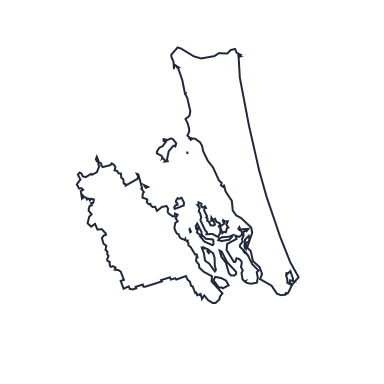 Redland, Queensland, Australia (Equal Earth projection), rotated 332°
{"feature_id": "25037944B35450059513963", "entity_name": "Redland", "entity_type": "district", "adm_level": 2, "iso_a3": "AUS", "parent_name": "Australia", "parent_adm1": "Queensland", "projection": "equal_earth", "projection_center": [153.338, -27.564], "detail": "fine", "context": "isolated", "style": "outline", "palette": "slate", "viewbox_px": 384, "rotation_deg": 332, "n_neighbors": 0, "source": "geoboundaries", "source_scale": "gbopen_adm2", "svg_char_len": 6097}
<svg xmlns="http://www.w3.org/2000/svg" viewBox="0 0 384 384"><g transform="rotate(332 192 192)"><path d="M238.1,61.1L237.1,63.6L236.9,68.0L233.8,75.1L236.0,70.7L238.4,75.2L237.3,74.6L237.8,76.8L235.9,88.8L232.0,101.8L232.7,102.0L232.0,102.6L232.0,106.6L228.4,120.0L225.4,123.6L220.5,124.5L220.4,129.6L219.1,135.0L217.8,137.4L214.4,140.1L215.4,142.6L214.8,143.6L216.3,144.0L215.7,145.3L217.7,145.1L219.7,146.4L222.4,151.7L222.6,155.7L221.0,161.2L220.6,171.7L222.1,180.1L221.2,194.6L222.5,197.9L220.7,199.6L222.0,202.4L222.9,202.4L223.6,200.4L221.9,207.3L223.0,218.5L219.3,227.5L220.0,233.4L223.1,238.0L227.6,251.2L226.0,256.2L214.6,266.9L216.1,271.7L213.4,281.7L216.4,290.0L215.4,297.3L211.2,300.8L218.3,312.2L219.2,321.7L222.2,324.9L226.0,326.4L228.1,324.8L227.3,326.4L229.6,326.2L236.4,321.2L233.6,316.9L235.3,313.5L236.0,309.6L238.0,307.2L236.6,309.5L241.7,308.0L240.5,316.1L239.6,317.3L240.0,318.4L237.1,316.0L235.5,317.8L237.2,320.7L246.1,317.3L245.8,300.0L248.8,273.0L255.6,231.2L261.4,204.5L273.5,160.0L287.9,113.5L296.5,94.8L297.3,94.9L297.1,94.0L298.9,94.8L298.1,93.2L299.1,93.3L296.8,90.1L297.2,85.9L292.7,84.8L288.1,86.3L281.0,82.1L275.5,82.5L262.8,78.4L257.3,73.1L249.8,60.4L247.2,57.6L238.1,61.1ZM87.3,224.3L90.4,226.5L91.7,228.9L90.6,237.6L87.3,237.0L86.2,245.3L91.8,245.6L91.6,248.4L94.0,250.2L97.5,250.9L97.7,249.3L105.1,250.6L104.6,252.7L106.0,253.6L123.4,256.8L123.4,255.3L132.5,257.0L132.3,259.4L136.8,260.3L137.0,261.9L147.2,263.4L146.9,267.3L148.1,270.3L147.1,274.5L148.3,275.7L147.4,282.6L148.5,282.8L148.1,285.6L152.7,286.2L150.4,286.1L151.4,288.4L150.6,291.1L154.3,289.1L155.4,295.0L158.2,299.8L160.8,301.0L165.7,299.7L167.7,297.4L171.3,295.8L167.3,280.1L170.1,275.8L164.9,268.0L162.9,262.2L164.1,259.4L163.2,254.9L165.3,251.7L166.2,252.2L166.8,249.2L165.4,248.7L165.0,240.3L163.8,237.1L164.9,235.4L164.5,233.5L165.4,232.9L163.4,231.5L163.9,230.4L163.2,230.8L160.6,228.1L159.9,225.9L160.4,223.1L159.2,221.7L159.0,219.7L159.5,215.6L162.6,211.5L165.6,211.1L165.2,207.6L168.6,205.4L167.0,203.1L165.2,205.2L163.6,204.6L161.1,199.7L161.4,197.6L163.1,195.6L162.9,192.4L158.3,191.1L152.2,192.2L152.5,187.6L150.2,186.9L149.3,184.3L149.7,182.9L148.2,182.6L147.4,180.6L147.5,179.3L148.9,178.2L148.7,177.0L145.6,173.8L147.9,170.2L149.5,169.5L148.8,165.4L149.7,165.3L152.9,151.2L151.8,150.1L151.8,153.0L150.1,154.8L136.3,155.2L136.9,153.6L135.7,152.5L137.3,148.6L136.3,146.1L137.9,142.3L135.9,141.1L135.7,138.2L133.8,136.6L136.1,134.0L135.7,130.9L134.5,129.0L132.7,130.0L124.9,128.1L124.5,126.4L125.2,124.0L123.8,122.3L124.5,116.2L122.5,117.9L122.4,120.2L123.3,121.8L122.1,124.1L122.3,125.7L117.2,129.9L111.8,129.8L111.4,128.6L105.3,129.0L102.9,127.0L103.0,123.6L101.8,122.1L99.4,123.1L99.3,128.6L93.9,131.2L93.9,135.9L96.2,136.8L96.9,138.9L94.2,139.1L92.2,144.9L93.9,143.6L94.2,144.9L93.1,146.0L94.3,145.8L96.2,147.7L95.7,149.3L97.9,149.5L97.9,151.5L99.7,150.6L101.9,152.6L99.7,155.2L97.6,154.5L97.4,156.6L94.9,156.4L92.9,158.4L92.0,160.1L92.9,164.6L89.7,165.5L85.1,170.6L86.7,175.3L91.4,174.6L90.9,180.8L94.9,182.5L96.4,188.2L95.9,189.4L93.6,189.0L90.8,190.4L89.6,196.2L91.1,199.2L88.4,202.6L89.3,204.9L88.0,206.9L88.2,209.3L85.2,211.9L85.3,213.7L86.5,215.0L84.9,218.3L85.2,220.0L87.5,220.4L89.0,223.0L87.3,224.3ZM200.9,300.7L206.7,302.5L209.8,298.7L211.5,293.2L213.9,292.6L211.3,284.0L211.6,274.9L211.1,271.5L210.0,270.7L209.9,269.4L211.1,270.9L210.9,269.7L208.6,262.9L209.5,261.3L213.4,259.6L214.0,257.0L216.8,255.1L218.6,251.4L220.9,251.1L221.6,252.3L224.4,251.0L217.0,247.7L217.3,245.3L215.7,246.3L216.0,248.0L217.1,248.8L217.2,251.0L215.9,253.3L212.4,253.7L209.8,250.8L209.3,254.4L198.7,254.3L195.3,259.4L196.1,273.4L197.5,274.0L200.1,271.4L202.2,273.3L203.1,276.1L202.6,278.1L200.0,281.3L200.0,285.1L197.7,286.7L195.6,292.8L196.5,295.7L197.5,295.8L196.9,296.1L197.6,297.8L200.9,300.7ZM191.3,209.6L188.8,212.3L189.2,214.5L188.2,218.7L186.2,220.8L185.6,231.7L186.3,234.6L184.9,236.1L190.3,238.6L193.8,243.9L197.7,241.4L199.9,237.8L199.5,234.9L201.6,233.8L201.8,232.7L199.5,229.7L199.8,226.5L197.6,227.0L197.2,223.6L195.5,226.4L196.5,226.3L197.2,228.3L197.1,231.4L195.9,231.9L192.7,230.2L193.0,226.1L191.9,224.6L193.2,222.9L192.6,221.2L193.9,220.4L194.0,214.0L195.6,212.2L196.8,212.6L196.8,210.8L194.0,210.6L193.5,208.8L194.9,206.8L192.9,204.2L191.6,206.7L190.7,206.2L191.3,209.6ZM182.0,152.3L185.0,153.4L185.3,151.4L190.6,145.1L196.6,142.6L198.0,142.6L198.6,143.9L199.6,143.2L200.9,141.5L200.0,136.6L198.7,134.9L194.6,134.5L191.8,132.0L190.9,133.6L192.5,135.4L187.7,137.7L183.9,137.6L180.2,139.7L179.1,141.5L182.0,145.6L182.2,147.7L181.4,148.4L182.2,148.3L183.0,151.3L182.0,152.3ZM173.8,251.4L171.3,258.8L173.6,263.3L174.9,272.9L176.5,272.1L177.7,267.4L180.9,261.1L181.9,256.2L179.2,250.3L177.9,251.6L178.4,253.1L178.1,254.7L177.8,251.5L178.9,249.9L176.4,246.5L176.2,247.4L174.5,245.9L173.8,251.4ZM169.5,280.0L170.9,289.2L173.1,289.9L173.9,291.5L180.6,291.6L180.4,286.1L177.3,281.6L172.7,277.9L169.5,280.0ZM190.0,270.1L190.2,258.7L188.9,256.7L187.5,263.0L188.7,270.4L186.5,280.9L187.1,283.8L190.1,285.6L192.7,285.0L193.4,283.2L190.0,270.1ZM168.9,198.9L178.4,200.0L180.0,197.4L180.0,192.1L177.5,192.0L176.4,190.7L173.7,192.3L173.0,193.5L173.8,195.2L173.3,196.5L171.0,196.0L168.9,197.4L168.9,198.9ZM178.4,235.2L179.7,241.7L185.1,248.5L186.1,248.5L187.7,246.0L188.1,243.7L182.3,239.8L180.7,234.8L179.7,235.5L178.4,235.2ZM205.7,235.0L200.6,235.7L199.5,242.6L201.4,242.2L202.9,243.5L205.8,240.4L207.4,240.5L207.0,237.1L209.8,234.6L207.4,233.7L206.4,231.6L205.8,232.5L205.6,231.2L205.7,235.0ZM203.8,248.9L197.7,246.3L198.4,246.1L194.3,245.9L192.6,246.9L195.3,249.3L202.7,251.7L206.8,250.1L207.6,249.3L203.8,248.9ZM177.3,230.1L179.5,235.1L181.6,232.1L181.6,226.7L180.1,227.5L179.7,226.5L181.7,225.7L181.8,222.3L179.2,223.9L178.4,226.3L178.7,228.6L177.3,230.1ZM212.4,266.6L212.9,267.6L215.7,262.2L218.4,262.5L220.3,261.1L221.4,257.4L216.5,258.9L213.0,264.1L212.4,266.6ZM152.9,163.4L153.2,166.6L155.5,166.9L152.9,163.4ZM171.6,226.7L172.4,226.6L172.7,223.6L172.2,223.8L171.6,226.7ZM206.7,154.1L206.0,155.6L206.0,156.2L206.7,154.1Z" fill="none" stroke="#1e293b" stroke-width="2"/></g></svg>